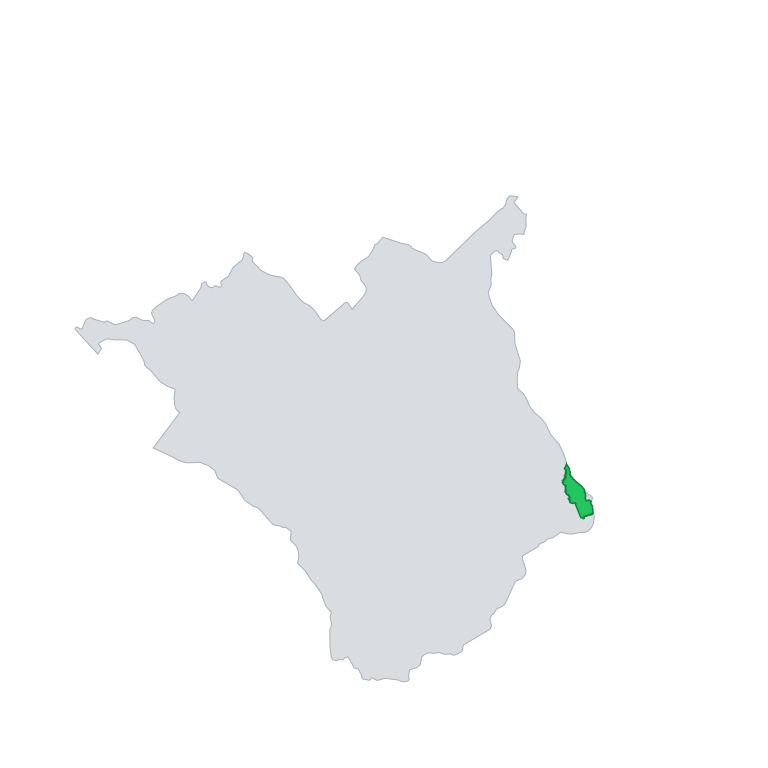 location of Libenge, Équateur, Democratic Republic of the Congo, rotated 137°
{"feature_id": "63176286B16720510237815", "entity_name": "Libenge", "entity_type": "district", "adm_level": 2, "iso_a3": "COD", "parent_name": "Democratic Republic of the Congo", "parent_adm1": "Équateur", "projection": "robinson", "projection_center": [18.997, 3.764], "detail": "fine", "context": "in_parent", "style": "filled", "palette": "green", "viewbox_px": 768, "rotation_deg": 137, "n_neighbors": 0, "source": "geoboundaries", "source_scale": "gbopen_adm2", "svg_char_len": 8717}
<svg xmlns="http://www.w3.org/2000/svg" viewBox="0 0 768 768"><g transform="rotate(137 384 384)"><path d="M596.4,494.6L552.6,502.4L553.4,505.2L553.0,508.2L551.9,510.5L547.4,516.6L540.8,522.3L540.7,523.6L544.0,529.9L546.1,538.5L545.4,553.7L546.3,557.8L546.1,561.0L543.8,564.6L539.3,582.8L542.1,591.7L550.7,599.9L555.7,606.0L564.2,608.3L565.6,607.9L566.2,602.8L572.9,600.9L572.6,633.4L572.1,635.3L570.9,635.7L569.2,634.6L568.8,631.5L567.0,630.2L558.7,634.2L556.5,634.1L554.3,633.4L552.6,631.8L552.1,629.3L546.4,619.8L543.5,619.1L540.3,610.6L527.3,604.3L522.3,603.8L519.7,601.9L517.2,595.2L512.8,590.9L511.9,586.1L511.0,585.4L508.4,586.4L506.0,594.0L503.1,595.8L497.7,595.9L484.3,593.7L474.7,589.8L472.2,590.1L468.4,586.6L466.9,580.7L467.8,576.2L467.1,575.6L452.4,579.3L448.9,581.6L445.6,581.1L444.6,579.8L446.0,576.7L445.3,573.4L444.3,571.8L439.9,570.6L438.6,567.0L435.9,566.4L435.1,567.0L434.4,569.4L432.8,570.2L424.1,569.0L414.9,572.2L402.8,571.4L397.0,575.2L396.2,575.1L394.9,573.1L393.8,567.0L394.4,565.3L396.2,564.1L396.9,561.6L396.3,555.2L396.8,553.7L396.1,550.0L394.3,544.1L391.8,539.4L386.3,532.2L385.3,528.8L385.7,520.7L387.5,508.0L387.3,498.5L385.1,492.4L384.6,485.8L386.1,473.9L384.6,471.0L356.9,470.0L355.7,469.1L355.2,467.5L356.5,460.4L339.6,462.2L334.5,463.6L331.4,466.4L330.4,470.1L330.3,475.2L327.7,480.1L327.0,488.5L322.3,489.4L317.6,489.4L308.6,487.7L299.8,490.0L295.5,492.3L293.3,491.2L285.4,492.1L284.3,491.4L275.3,474.9L271.3,469.5L270.5,466.8L270.9,464.2L269.7,460.8L265.6,452.3L264.8,448.4L265.0,442.2L264.5,440.2L260.7,434.8L258.2,433.1L255.4,432.1L210.1,432.9L195.1,431.9L184.2,432.6L178.6,432.1L177.1,431.4L172.1,432.5L169.5,434.7L165.6,435.9L163.1,435.4L158.4,429.3L164.8,428.2L165.3,427.6L165.7,412.9L164.0,410.8L167.4,408.3L172.9,401.9L178.3,399.6L179.0,398.2L180.2,398.3L182.1,401.0L186.8,404.6L192.5,401.5L193.2,400.6L193.9,394.3L195.3,393.7L197.8,395.1L199.2,395.1L201.7,393.3L209.1,390.1L211.2,394.2L209.2,397.8L210.1,400.4L210.3,404.4L211.5,405.3L217.4,405.8L219.0,404.8L230.6,390.4L233.6,388.7L238.4,382.9L244.9,380.3L247.7,375.8L251.4,367.7L253.0,356.1L252.4,335.9L253.0,333.2L260.7,324.2L268.7,307.7L274.1,303.4L278.1,301.6L284.4,295.6L289.4,289.5L288.7,282.2L289.8,276.2L292.6,268.5L293.5,260.4L292.5,251.8L292.9,244.8L296.6,233.6L296.9,220.8L300.3,210.0L306.9,196.4L310.0,186.2L309.4,176.1L310.2,168.7L309.9,164.4L308.7,160.6L309.3,158.2L311.8,157.2L314.9,153.5L320.5,143.6L326.6,138.8L330.8,137.3L335.2,137.4L338.0,138.3L342.6,142.2L347.9,145.3L351.9,149.1L355.8,155.1L365.2,156.4L369.2,158.6L371.7,159.4L372.6,158.8L374.5,159.2L379.0,160.9L382.5,160.0L399.9,163.9L401.9,161.9L406.8,151.6L410.4,148.1L416.3,147.7L421.0,149.7L423.4,149.7L444.8,140.8L447.6,140.4L455.3,142.6L460.4,141.1L462.4,141.6L466.8,140.0L470.3,133.8L473.3,132.3L504.0,139.0L508.7,135.7L510.9,135.4L517.7,137.8L519.8,141.6L523.9,144.8L526.9,150.2L531.4,153.2L533.8,156.1L536.5,158.1L542.0,158.8L549.1,154.0L554.1,154.4L559.2,157.1L560.9,157.0L564.7,154.1L566.7,151.1L568.6,150.4L571.6,151.8L574.0,154.6L576.2,158.7L583.9,168.0L591.3,171.9L593.2,177.6L595.9,177.1L597.2,177.6L599.2,181.2L600.5,181.9L600.8,183.4L598.9,186.7L597.2,193.2L599.5,197.2L597.6,203.0L596.6,208.9L599.0,210.4L602.2,210.3L605.0,213.4L607.3,213.9L609.6,217.2L609.1,220.0L601.8,229.7L590.8,241.6L587.1,243.0L585.2,245.2L583.8,248.7L580.6,251.6L578.2,252.8L578.0,261.4L574.3,270.3L572.9,272.2L570.8,286.7L571.2,289.2L569.1,301.0L569.4,312.0L564.1,315.5L560.4,320.9L558.8,324.7L558.8,333.7L552.8,339.2L552.3,340.4L553.8,346.7L556.0,347.8L556.1,349.9L561.0,356.7L560.6,377.6L560.9,379.7L563.4,384.7L565.1,394.2L563.2,406.2L569.8,428.3L566.7,436.4L568.1,444.2L572.1,452.3L581.4,460.3L583.9,463.6L586.2,468.0L588.4,474.9L596.4,494.6Z" fill="#d9dde1" stroke="#a8b0b8" stroke-width="1"/><path d="M319.3,146.9L319.2,147.3L318.8,147.7L318.6,147.8L317.7,148.8L317.5,149.5L317.3,149.6L316.7,149.9L316.6,150.2L316.4,150.3L316.3,150.5L316.0,151.4L315.5,151.7L315.1,152.2L314.9,152.5L314.7,153.2L314.6,154.3L314.4,155.1L314.0,156.2L313.7,156.3L313.6,156.8L313.1,157.3L312.6,157.1L313.0,158.1L313.1,159.4L313.9,159.4L314.3,160.0L315.7,160.4L315.8,160.8L314.7,163.0L314.4,164.0L313.3,164.0L312.6,164.8L311.7,166.3L311.3,167.2L311.3,168.1L311.1,168.3L310.7,168.1L310.6,168.5L310.3,169.1L309.9,169.5L309.6,169.9L309.5,170.3L309.3,171.8L309.4,172.8L309.1,174.4L309.2,174.7L309.2,175.4L309.3,175.8L309.5,176.2L309.7,177.4L309.8,178.5L309.9,180.0L310.0,180.7L310.3,181.6L310.4,182.3L310.4,183.1L310.2,183.7L310.2,184.0L310.5,184.7L310.6,185.5L310.5,186.1L310.3,186.6L310.3,187.4L310.5,188.4L310.4,188.7L310.1,190.1L309.3,191.5L309.1,191.7L308.1,192.2L307.9,192.5L307.6,193.7L307.5,194.0L307.2,194.4L307.0,194.6L306.5,195.1L306.3,195.5L306.2,195.9L306.0,196.3L305.6,197.8L305.6,198.2L305.8,198.7L305.8,199.1L305.4,199.9L305.4,200.3L305.4,200.6L305.2,201.0L305.7,200.7L306.0,200.4L306.4,200.2L306.5,200.1L307.1,200.1L307.3,199.8L307.6,199.6L307.8,199.7L308.4,199.4L308.6,199.4L308.9,199.3L309.0,199.3L309.3,199.3L309.4,199.1L309.7,199.1L309.7,198.9L309.7,198.5L309.7,198.4L309.7,198.2L309.6,197.8L309.8,197.7L309.8,197.4L309.9,197.2L309.7,196.8L309.5,197.0L309.3,196.9L309.3,196.7L310.0,196.5L310.1,196.4L310.0,196.2L310.4,195.8L310.3,195.5L310.2,195.5L310.5,195.0L310.8,195.1L310.8,195.3L311.0,195.5L311.1,195.3L311.1,195.0L311.4,195.0L311.5,195.0L311.4,194.9L311.2,194.8L311.3,194.7L311.5,194.7L311.6,194.9L311.7,194.5L311.9,194.7L312.1,194.7L312.2,194.8L312.4,194.6L312.4,194.4L312.7,194.3L312.8,194.2L312.8,193.9L313.2,194.0L313.3,194.0L313.0,193.8L313.2,193.7L313.4,193.8L313.5,193.6L313.4,193.5L313.2,193.4L313.3,193.3L313.6,193.5L313.6,193.3L314.0,193.2L313.8,193.1L313.9,192.7L314.0,192.3L314.1,192.1L314.4,191.9L314.5,192.2L314.6,192.3L314.8,192.2L315.1,192.3L315.2,192.1L315.3,192.4L315.3,192.5L315.5,192.5L315.8,192.1L316.1,192.2L316.3,191.8L316.4,191.7L316.5,191.5L316.6,191.9L316.7,192.0L316.9,191.9L317.1,191.7L317.6,191.7L317.8,191.7L318.2,191.3L318.2,191.1L318.3,191.0L318.5,191.0L318.6,191.3L318.8,191.5L319.1,191.1L319.3,191.1L319.6,191.3L319.6,190.6L320.0,190.3L319.9,190.2L319.7,190.1L319.6,189.7L320.0,189.5L320.2,189.9L320.3,189.9L320.3,189.7L320.4,189.4L320.5,189.3L320.8,189.6L320.8,189.2L321.0,189.0L321.1,188.6L321.2,188.2L320.7,187.7L320.7,187.3L320.9,187.2L320.8,186.8L320.6,186.5L321.1,186.1L321.3,185.7L321.2,185.6L321.2,185.4L321.2,185.2L320.7,185.2L321.0,184.9L321.3,184.9L321.5,184.7L322.0,184.5L322.1,184.3L322.2,184.2L322.2,183.8L322.5,183.6L322.6,183.3L322.9,183.5L323.2,183.4L323.2,183.2L322.9,182.9L323.1,182.7L323.8,182.6L323.9,182.2L323.7,181.9L323.5,182.0L323.5,181.8L324.3,182.1L324.5,181.8L324.4,181.6L324.6,181.3L324.8,181.5L325.0,181.2L325.2,181.3L325.2,181.2L325.0,180.8L324.8,180.6L325.0,180.5L325.0,180.4L325.0,180.2L325.4,180.0L325.5,179.9L325.6,179.5L325.4,179.1L325.6,178.9L325.7,178.7L325.6,178.2L325.4,178.1L325.3,177.9L325.5,177.7L325.4,177.5L324.8,177.5L324.7,177.3L324.8,177.3L324.8,177.2L324.7,176.7L325.0,176.6L324.9,176.4L325.2,176.2L325.3,175.8L325.2,175.5L325.3,175.3L325.2,175.3L325.2,175.2L325.2,174.7L325.2,174.4L325.4,174.4L325.6,174.6L325.8,174.5L326.0,174.5L326.0,174.4L325.8,174.2L326.1,174.2L326.3,174.5L326.5,174.5L326.8,174.5L327.3,174.5L327.4,174.4L327.3,174.0L327.5,174.1L327.5,173.8L327.5,173.7L327.3,173.6L327.5,173.1L327.1,172.8L327.3,172.7L327.5,172.9L327.8,172.6L327.6,172.5L327.7,172.2L327.3,172.1L327.2,172.1L327.2,171.9L327.4,172.0L327.4,171.9L327.3,171.6L327.5,171.5L327.8,171.7L327.6,171.4L327.7,171.2L327.8,171.2L328.0,171.1L328.3,171.3L328.5,171.0L328.6,170.9L328.8,170.3L328.8,170.0L328.3,169.5L328.1,169.3L327.9,168.6L327.6,168.4L327.3,167.9L327.2,167.8L326.7,167.4L326.4,167.4L326.1,167.4L325.7,166.9L325.2,166.6L325.4,166.0L325.4,165.7L325.4,165.4L325.9,165.4L326.1,165.3L326.2,165.2L326.8,163.3L326.9,163.2L327.0,163.0L327.2,162.4L327.4,162.2L327.8,160.8L329.7,155.9L329.8,155.4L330.2,154.6L330.5,153.6L331.0,152.6L331.0,152.4L331.1,152.2L331.2,151.8L331.0,151.5L330.5,151.3L330.1,150.9L330.0,150.4L330.2,149.9L330.2,149.7L329.8,149.3L329.0,149.3L328.9,149.3L328.5,149.9L328.2,150.0L328.2,150.4L328.0,150.7L327.9,150.7L327.4,150.5L327.2,150.3L327.1,150.2L326.8,150.2L326.7,150.2L326.7,149.8L326.3,149.7L326.2,149.6L326.3,149.5L326.2,149.4L326.1,149.2L325.8,149.2L325.7,149.4L325.4,149.0L325.0,148.9L324.8,149.1L324.7,149.1L324.4,149.1L324.3,149.3L324.3,149.2L324.2,148.9L323.9,148.7L323.8,148.9L323.4,149.0L323.3,148.9L323.3,148.7L323.2,148.8L322.8,148.6L322.8,148.4L322.7,148.3L322.6,148.2L322.5,147.8L322.4,147.9L322.1,147.9L321.9,147.8L321.9,147.6L321.6,147.0L321.2,146.9L321.0,147.0L320.9,146.9L320.7,147.1L320.7,146.8L320.6,146.7L320.5,146.8L320.3,146.8L320.2,147.0L319.9,147.1L319.7,146.9L319.3,146.9Z" fill="#22c55e" stroke="#15803d" stroke-width="1.5"/></g></svg>